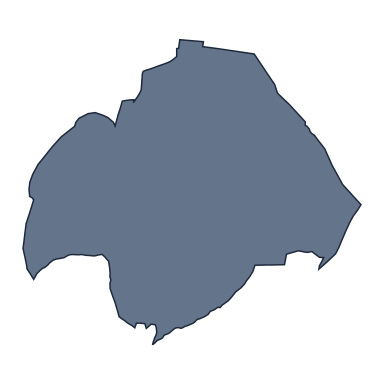 Aquila, Veracruz, Mexico (Robinson projection)
{"feature_id": "50627088B95158352021258", "entity_name": "Aquila", "entity_type": "district", "adm_level": 2, "iso_a3": "MEX", "parent_name": "Mexico", "parent_adm1": "Veracruz", "projection": "robinson", "projection_center": [-97.327, 18.788], "detail": "fine", "context": "isolated", "style": "filled", "palette": "slate", "viewbox_px": 384, "rotation_deg": 0, "n_neighbors": 0, "source": "geoboundaries", "source_scale": "gbopen_adm2", "svg_char_len": 3461}
<svg xmlns="http://www.w3.org/2000/svg" viewBox="0 0 384 384"><path d="M176.7,48.6L176.7,56.5L175.5,57.6L174.2,58.6L171.5,60.6L170.3,61.5L167.5,62.7L164.4,63.9L162.1,64.7L159.1,65.7L153.0,68.0L149.4,69.2L145.5,70.4L143.3,71.3L142.3,73.9L142.2,75.6L142.0,79.3L141.9,80.0L141.5,86.3L141.2,89.8L140.2,92.0L139.6,93.3L137.3,97.0L133.4,102.6L133.5,101.8L133.7,100.7L133.8,99.7L130.5,99.9L126.2,100.4L122.3,101.1L120.0,109.2L119.8,109.8L118.2,114.5L115.1,126.0L113.5,122.4L108.1,117.7L107.9,117.6L103.1,115.3L96.3,113.0L95.3,112.6L88.2,113.6L79.0,118.3L75.8,122.4L74.6,126.4L71.1,129.0L61.1,137.0L52.4,146.6L49.2,150.6L43.7,157.5L38.1,164.4L32.7,174.4L29.9,182.0L29.7,183.3L29.0,189.3L29.7,196.5L31.7,197.4L33.7,199.8L29.3,214.0L26.2,223.5L26.1,223.9L25.4,229.5L24.8,234.2L24.2,239.5L23.6,244.2L23.0,248.4L23.4,250.2L24.8,256.5L26.0,262.2L26.5,264.7L26.8,266.7L27.0,268.8L29.2,272.2L29.6,272.7L33.7,279.4L35.5,276.2L36.6,273.9L38.3,272.2L38.9,271.6L40.0,270.4L41.2,269.5L41.9,268.9L43.1,268.0L44.4,267.7L46.4,266.2L48.1,264.7L49.2,263.2L49.9,262.7L53.3,260.1L56.1,259.1L59.8,258.5L64.0,257.7L67.6,255.6L69.6,254.8L72.4,254.5L75.9,254.7L79.0,254.8L81.1,254.5L82.5,254.7L83.1,254.8L86.1,255.3L89.5,255.5L92.3,255.8L94.8,255.9L98.1,255.0L101.5,254.5L102.0,254.4L104.4,256.5L105.3,257.4L106.7,259.2L108.2,260.8L108.6,261.2L109.3,265.6L109.7,268.8L109.9,270.7L110.1,273.1L109.9,276.5L110.8,280.0L110.0,283.2L110.1,288.1L110.1,288.6L113.1,297.3L114.9,302.0L117.9,312.3L119.1,316.6L121.6,318.7L124.2,320.3L125.7,321.5L128.1,323.4L129.0,323.9L131.6,325.3L134.8,327.8L136.4,323.2L139.6,323.1L144.9,323.7L145.2,324.7L146.3,328.4L146.9,327.9L150.0,325.2L151.0,324.2L155.2,324.7L156.0,326.8L156.2,327.4L156.3,328.3L156.5,330.0L156.7,331.5L156.4,334.1L154.7,337.8L153.5,341.3L153.2,342.0L152.7,344.3L153.1,344.3L154.8,343.0L156.6,341.1L156.9,340.7L157.6,340.3L160.3,339.2L161.9,338.4L162.7,337.7L163.0,337.0L163.6,336.0L164.6,334.8L165.4,334.7L168.1,333.7L169.7,332.7L173.3,329.6L174.3,328.8L174.8,328.5L175.2,328.2L176.2,327.9L176.6,327.8L178.2,327.6L179.8,328.0L180.2,328.1L180.8,328.2L181.9,328.1L185.5,326.1L187.1,325.8L191.9,323.7L193.0,323.2L194.5,322.2L197.0,319.6L198.0,319.1L199.2,319.0L199.7,318.8L200.8,318.3L203.3,317.2L204.6,316.6L206.5,315.4L208.2,314.4L209.5,312.3L210.4,311.3L214.3,309.8L217.7,307.3L220.1,307.6L222.1,305.2L225.4,302.8L227.9,301.1L230.6,298.3L232.6,295.8L235.7,291.9L239.6,288.9L241.3,287.6L243.4,285.2L244.6,283.9L246.3,281.0L249.4,277.1L249.8,276.5L252.7,271.8L255.0,265.2L262.4,265.1L265.3,265.0L268.0,265.0L271.0,265.0L275.3,264.9L284.5,264.7L286.5,254.2L287.2,254.0L296.9,251.2L297.9,250.9L298.5,250.8L304.0,251.9L307.5,252.4L309.0,252.1L311.9,251.5L314.9,253.9L315.1,254.0L316.0,254.7L319.3,257.2L322.1,257.6L323.7,257.5L322.0,261.1L319.5,265.7L318.9,269.1L326.5,262.4L331.4,257.8L332.6,256.7L335.6,253.8L339.1,247.0L340.9,242.4L344.7,233.6L346.1,230.2L347.7,226.9L349.7,222.6L350.2,221.6L351.9,218.5L353.3,216.0L354.6,214.2L357.0,211.0L361.0,204.7L343.8,185.8L342.5,184.3L333.8,168.4L332.3,165.8L328.5,157.2L328.0,156.1L324.7,148.8L321.8,145.0L320.6,143.5L317.3,139.2L314.9,136.0L314.2,135.1L311.4,133.3L310.7,132.2L309.7,130.9L309.6,129.9L309.5,129.3L307.1,126.4L305.9,125.7L305.3,125.5L305.3,122.0L304.7,121.2L303.8,120.3L294.2,109.8L289.3,104.5L282.9,98.4L277.5,93.2L274.7,84.6L267.2,73.5L254.2,54.0L219.0,48.8L202.7,46.6L203.4,41.7L200.9,41.5L179.8,39.7L178.6,48.3L176.7,48.6Z" fill="#64748b" stroke="#1e293b" stroke-width="1.5"/></svg>